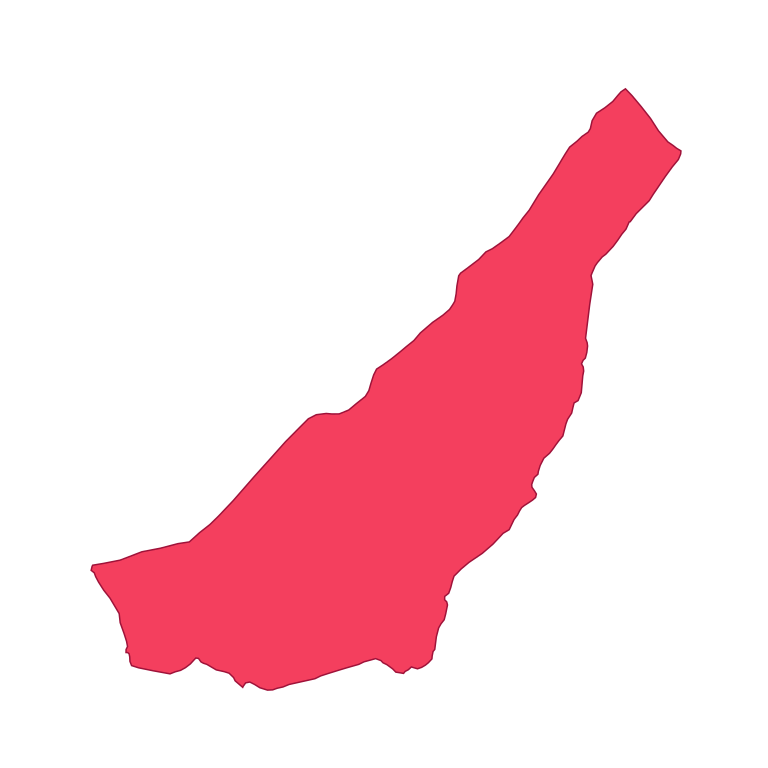 Gällivare, Norrbotten, Sweden, rotated 95°
{"feature_id": "70781695B62555588892194", "entity_name": "Gällivare", "entity_type": "district", "adm_level": 2, "iso_a3": "SWE", "parent_name": "Sweden", "parent_adm1": "Norrbotten", "projection": "mercator", "projection_center": [20.036, 67.205], "detail": "fine", "context": "isolated", "style": "filled", "palette": "rose", "viewbox_px": 768, "rotation_deg": 95, "n_neighbors": 0, "source": "geoboundaries", "source_scale": "gbopen_adm2", "svg_char_len": 3017}
<svg xmlns="http://www.w3.org/2000/svg" viewBox="0 0 768 768"><g transform="rotate(95 384 384)"><path d="M200.9,152.9L192.3,147.6L178.3,135.8L171.5,132.3L152.7,121.8L142.7,115.8L134.7,110.3L128.9,108.5L125.9,108.5L123.7,113.0L121.2,116.8L118.1,122.3L107.9,132.6L96.3,141.6L85.3,151.9L75.0,162.2L68.9,169.2L72.2,173.3L75.7,175.9L82.6,180.7L89.6,188.1L95.7,195.9L103.5,199.6L111.6,200.7L115.3,202.5L120.1,208.3L125.3,212.9L131.8,219.7L138.8,223.4L144.9,226.4L149.1,228.4L160.1,233.8L181.9,246.4L198.2,254.5L206.4,260.0L212.2,263.4L219.3,267.8L226.2,272.2L232.6,279.4L239.8,287.9L243.5,294.0L251.7,300.5L261.9,311.7L266.9,317.4L269.7,319.0L279.8,319.9L287.9,320.0L295.4,320.7L299.0,322.4L304.0,325.2L310.2,331.2L318.4,341.0L329.9,352.2L338.1,358.0L344.9,365.1L350.7,370.9L358.2,378.7L365.0,386.6L369.8,392.7L375.9,395.1L384.7,397.1L391.9,398.5L398.0,401.5L406.5,410.4L413.0,416.9L417.7,426.0L418.4,433.2L418.4,439.0L420.5,448.8L425.2,456.3L434.1,463.8L450.1,477.1L466.4,489.3L488.2,505.7L513.4,524.1L530.0,537.3L539.2,545.2L548.1,554.7L558.3,564.2L561.0,575.4L567.1,592.5L572.2,610.5L582.5,631.6L587.2,647.9L589.9,658.4L591.1,658.9L595.2,659.5L597.3,656.2L601.1,654.4L606.2,651.1L614.0,645.1L621.2,638.3L635.8,627.8L644.8,626.0L655.2,621.2L662.9,618.0L667.9,616.6L671.0,617.8L674.0,617.6L673.9,615.9L675.0,614.4L678.1,613.5L682.5,612.9L686.5,610.9L688.1,603.8L689.8,589.0L691.4,571.9L688.9,566.9L687.0,561.7L683.9,557.1L679.7,552.5L675.4,549.2L673.4,547.6L673.5,544.9L676.8,542.1L677.9,539.6L678.7,536.1L683.4,526.2L684.5,518.0L685.6,513.1L689.6,508.2L692.7,506.4L698.5,498.3L697.6,498.0L693.8,495.8L692.6,491.7L694.6,486.7L697.4,481.2L699.1,473.4L698.4,468.2L696.4,463.9L694.6,458.2L691.6,452.4L683.6,427.1L680.3,421.6L677.3,414.5L673.0,404.0L670.0,396.5L665.5,384.7L662.5,379.7L660.0,372.9L658.3,368.4L659.8,362.9L661.8,360.7L663.3,356.7L667.0,350.6L670.0,347.1L670.3,342.9L670.6,339.3L668.5,337.9L666.5,334.8L663.5,332.1L664.3,328.3L664.8,325.8L663.0,321.8L660.5,318.3L657.8,315.5L653.7,312.3L650.7,312.3L646.2,311.8L644.0,310.3L631.2,309.8L622.2,308.3L617.9,306.3L613.6,303.5L607.6,302.5L598.6,301.5L595.6,302.5L593.6,304.8L590.3,305.0L586.8,301.3L581.1,299.8L575.0,298.8L569.3,297.5L566.0,294.7L561.5,291.0L554.2,283.7L544.0,271.2L533.9,261.4L522.4,252.4L518.2,246.6L507.6,242.6L502.9,239.6L498.6,237.9L495.1,236.1L492.8,233.6L489.3,229.1L486.6,225.8L483.8,223.1L480.3,222.6L477.3,224.8L474.0,227.6L471.3,228.1L468.0,227.3L464.0,226.1L460.5,222.8L457.5,222.6L451.5,221.3L444.0,218.3L438.5,213.0L433.9,210.0L429.2,207.3L424.7,204.5L420.2,201.3L407.9,199.3L403.1,198.0L396.6,194.5L390.6,193.7L386.3,193.0L383.6,189.2L375.5,186.7L366.3,186.7L358.5,186.7L353.7,186.2L349.7,187.0L346.7,189.0L343.0,187.7L340.7,185.7L334.9,184.7L328.4,184.5L325.2,185.2L320.9,187.2L286.8,186.0L266.5,184.7L263.0,185.7L258.0,187.2L255.5,186.5L248.0,184.0L244.5,182.0L238.4,177.7L235.2,174.2L230.7,170.7L226.9,167.7L220.4,163.7L214.1,160.2L208.6,156.4L201.2,153.9L200.9,152.9Z" fill="#f43f5e" stroke="#9f1239" stroke-width="1.5"/></g></svg>